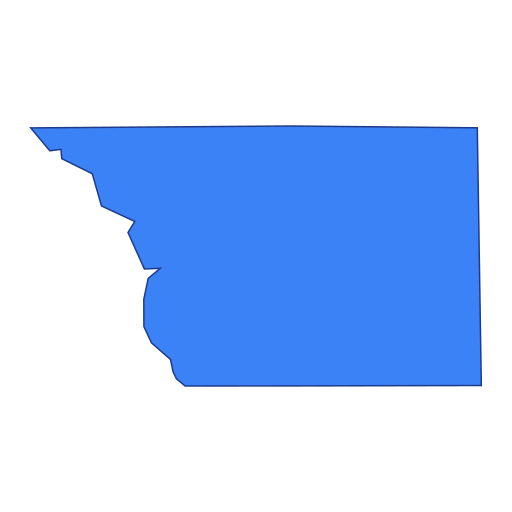 the district of Benton, Minnesota, United States of America
{"feature_id": "52423323B9993996344570", "entity_name": "Benton", "entity_type": "district", "adm_level": 2, "iso_a3": "USA", "parent_name": "United States of America", "parent_adm1": "Minnesota", "projection": "equal_earth", "projection_center": [-94.148, 45.692], "detail": "fine", "context": "isolated", "style": "filled", "palette": "blue", "viewbox_px": 512, "rotation_deg": 0, "n_neighbors": 0, "source": "geoboundaries", "source_scale": "gbopen_adm2", "svg_char_len": 403}
<svg xmlns="http://www.w3.org/2000/svg" viewBox="0 0 512 512"><path d="M477.3,127.8L290.5,126.0L30.7,127.9L49.8,150.8L60.9,149.4L61.8,158.7L92.3,173.8L101.5,206.0L134.8,221.5L128.0,232.5L144.4,269.0L160.2,268.3L148.2,278.4L143.8,299.3L143.9,326.6L151.5,342.9L170.5,359.5L173.0,371.6L176.5,378.9L185.1,386.0L293.4,385.9L481.3,385.5L477.3,127.8Z" fill="#3b82f6" stroke="#1e3a8a" stroke-width="1.5"/></svg>